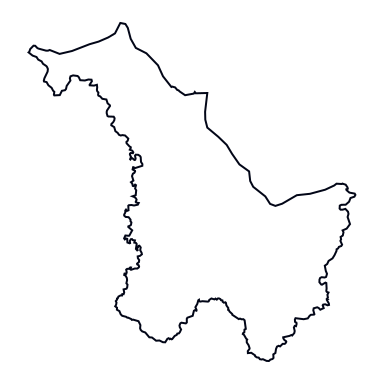 Kenieba, Kayes, Mali
{"feature_id": "8926073B58532098111230", "entity_name": "Kenieba", "entity_type": "district", "adm_level": 2, "iso_a3": "MLI", "parent_name": "Mali", "parent_adm1": "Kayes", "projection": "albers", "projection_center": [-11.114, 12.792], "detail": "fine", "context": "isolated", "style": "outline", "palette": "ink", "viewbox_px": 384, "rotation_deg": 0, "n_neighbors": 0, "source": "geoboundaries", "source_scale": "gbopen_adm2", "svg_char_len": 5984}
<svg xmlns="http://www.w3.org/2000/svg" viewBox="0 0 384 384"><path d="M120.3,23.0L115.0,33.4L108.1,37.5L98.6,41.6L89.6,44.2L72.0,51.0L59.6,53.9L49.7,50.0L47.9,50.7L46.2,50.7L38.5,48.6L37.4,48.1L35.2,45.8L33.5,45.7L30.2,49.1L29.3,51.8L28.6,52.4L32.6,55.6L36.5,57.0L38.2,59.6L41.6,61.4L43.0,63.8L46.4,66.1L47.1,67.1L47.9,69.0L47.6,71.6L44.4,78.3L43.8,80.7L44.0,81.5L46.6,82.1L48.4,85.3L51.6,87.8L53.1,90.7L54.3,91.8L53.9,94.8L54.3,95.4L59.8,95.1L61.9,90.8L65.0,90.2L66.0,89.0L66.7,85.9L70.4,80.6L69.9,78.3L70.5,76.3L73.1,75.4L77.6,76.0L78.8,77.2L80.2,80.2L84.9,80.5L88.4,79.5L91.5,79.7L91.9,81.2L89.6,84.8L89.7,85.3L94.0,85.6L96.9,84.8L97.2,87.3L96.9,89.9L97.3,91.3L98.4,92.5L98.1,94.9L98.5,95.7L100.2,96.4L102.3,98.8L106.4,99.5L107.6,103.3L109.9,105.3L110.0,106.0L107.0,110.5L106.7,111.8L106.7,113.2L107.5,116.0L108.4,116.5L113.7,116.7L114.6,118.2L114.3,120.2L113.2,122.2L111.4,124.0L111.3,125.3L114.2,127.1L115.4,131.2L117.7,132.9L119.0,134.8L120.7,135.5L122.5,135.1L125.1,135.5L128.3,138.6L127.7,140.7L126.4,142.0L126.6,143.3L129.6,146.5L130.7,147.1L130.8,147.9L129.8,149.7L132.3,150.7L133.3,152.3L132.9,153.2L130.7,153.0L130.0,153.6L129.9,154.6L131.0,156.9L130.1,159.2L130.4,159.5L131.2,158.5L132.3,158.2L134.4,160.0L135.2,159.8L135.6,158.6L135.0,155.7L135.7,154.7L138.2,154.8L140.0,156.0L140.7,157.1L141.0,161.9L142.4,164.1L142.3,165.8L134.3,168.3L133.7,167.2L133.1,167.2L132.6,169.5L135.0,170.8L135.1,171.4L134.4,172.8L132.9,173.7L132.0,176.1L133.4,180.6L131.0,182.2L132.2,183.5L132.8,185.9L133.6,186.1L135.1,184.6L136.0,185.2L135.1,188.5L136.2,190.3L135.7,195.2L132.5,196.3L134.5,197.1L135.9,198.3L136.6,199.7L135.7,201.9L136.2,202.5L138.7,203.0L137.8,204.7L134.0,205.5L131.5,205.0L128.9,205.2L128.3,205.7L128.5,210.3L127.0,210.9L126.0,209.6L125.3,210.5L125.3,212.5L124.2,214.5L124.2,215.6L125.6,216.9L128.6,217.2L130.5,219.6L130.5,221.3L131.4,222.4L131.0,224.8L130.5,225.4L128.3,226.4L128.3,227.0L132.2,230.3L129.4,235.5L129.0,235.8L125.4,235.5L124.1,238.4L124.8,239.4L126.1,238.5L127.2,238.8L127.4,242.5L129.6,243.3L130.1,243.1L129.8,240.9L130.9,239.2L132.0,239.1L132.8,240.1L134.9,240.4L134.3,242.6L135.9,242.9L136.7,244.0L135.9,248.9L137.2,250.4L137.6,250.2L137.1,248.2L137.4,247.5L138.0,247.3L138.6,245.9L139.4,245.7L140.7,247.4L140.2,250.2L141.6,252.8L141.9,254.3L139.9,255.9L137.7,256.4L137.9,258.2L139.2,260.1L138.9,262.1L137.1,263.6L137.2,264.4L138.7,265.3L139.1,266.7L138.8,267.4L137.4,268.5L134.9,268.5L131.0,269.8L130.3,269.3L131.0,267.5L130.3,267.4L128.9,268.8L127.1,268.9L126.2,269.6L126.7,272.3L126.3,273.8L125.6,274.3L124.9,273.5L124.5,273.6L124.2,275.0L125.6,275.7L126.8,277.9L127.1,280.0L126.4,283.3L127.5,284.6L127.2,287.3L126.5,288.7L123.6,289.4L124.2,292.5L123.6,294.2L122.3,294.1L122.0,295.5L120.6,295.4L118.4,296.6L117.8,298.2L117.0,298.5L117.1,299.5L115.8,301.1L116.5,302.6L116.1,304.8L115.2,306.3L117.0,307.7L116.9,309.7L119.4,311.1L120.7,314.3L122.2,315.8L126.1,316.8L127.3,317.7L128.0,317.6L131.1,319.0L131.9,319.9L133.0,319.6L138.5,321.2L140.4,325.1L140.1,328.3L140.7,329.9L142.2,331.4L145.3,332.5L149.3,337.3L152.0,337.5L156.1,340.7L159.5,340.5L162.9,342.2L165.2,342.3L167.4,338.8L168.7,338.2L169.7,339.2L170.6,338.7L171.5,339.3L172.2,339.1L174.7,335.9L176.7,334.9L177.3,333.6L178.9,333.4L179.9,332.1L181.1,329.5L179.8,327.2L179.5,325.4L180.3,323.4L181.4,322.7L185.8,323.4L186.8,322.5L186.8,318.7L187.4,317.7L192.7,315.8L193.9,310.8L194.8,310.2L196.4,310.7L196.6,310.1L195.4,307.2L197.3,303.9L198.3,300.3L199.0,299.8L199.2,301.1L200.1,301.6L202.5,301.2L208.0,301.6L208.7,301.3L209.3,299.9L211.4,298.5L214.5,299.4L215.5,298.6L216.8,299.6L217.8,298.5L218.9,298.4L220.4,299.1L221.0,300.2L222.4,300.4L222.7,301.8L223.4,302.3L223.9,302.7L225.4,302.3L225.9,302.8L226.4,305.4L228.3,308.1L228.1,309.8L228.8,310.0L229.5,311.5L232.2,314.0L232.3,314.8L238.8,319.1L240.0,318.6L241.6,319.3L243.4,319.2L244.6,320.3L245.8,328.9L244.5,329.6L244.3,332.4L243.3,332.9L242.8,334.0L244.1,335.0L246.2,338.7L247.2,339.5L246.7,340.6L246.8,342.5L248.6,345.2L249.6,348.2L249.5,348.9L247.8,351.1L247.9,353.1L251.3,352.8L255.1,355.4L255.2,356.3L256.9,357.4L258.7,357.6L259.9,359.2L261.6,359.5L262.9,359.2L266.6,360.9L268.9,361.0L270.4,359.6L272.5,359.0L273.5,357.9L273.3,354.4L275.4,353.0L276.0,349.0L277.0,346.6L278.7,345.8L280.1,346.4L282.6,343.9L284.7,343.9L285.6,343.1L286.3,341.8L286.0,341.1L284.5,340.1L283.4,338.5L283.2,337.3L289.5,335.9L291.4,335.0L292.2,335.5L294.3,333.0L294.7,331.0L293.9,327.5L294.7,325.9L296.0,326.2L296.6,323.9L296.4,322.6L295.3,322.2L295.0,321.6L294.9,319.5L295.5,318.2L303.7,319.2L307.8,318.4L309.6,315.8L310.9,314.8L314.0,314.6L314.4,314.2L313.3,310.3L313.7,308.3L317.2,307.3L318.7,308.0L320.3,309.7L323.7,308.1L322.7,305.3L323.2,304.6L325.2,304.3L327.6,305.3L329.0,304.9L328.8,303.4L326.8,299.9L326.8,299.5L327.5,299.3L326.9,298.8L327.9,297.6L327.4,294.8L328.5,292.5L326.8,291.9L326.3,291.0L326.6,288.5L326.3,283.0L325.4,282.6L322.0,284.7L321.2,284.5L319.4,282.2L319.5,279.5L320.2,277.9L321.7,277.2L324.7,277.5L326.1,276.9L327.0,273.8L325.8,270.9L324.8,265.7L327.2,264.0L328.6,260.9L332.5,258.4L334.5,255.2L336.5,250.9L336.6,249.3L338.1,248.4L338.9,246.9L341.3,246.0L342.1,244.7L340.4,240.9L341.1,239.3L340.6,237.0L342.8,235.5L343.5,232.2L342.6,230.4L346.7,228.6L350.0,224.1L347.6,217.0L348.5,213.9L348.0,211.7L345.4,208.9L342.5,209.7L340.6,209.7L339.6,208.6L339.8,205.6L341.4,204.8L345.7,204.7L349.1,201.7L350.5,198.0L354.4,196.7L355.4,194.9L354.7,193.6L349.4,192.6L346.5,190.1L346.3,189.3L347.8,188.7L347.5,187.4L345.7,184.7L342.4,183.6L341.9,184.0L336.5,183.7L334.2,185.5L325.2,189.7L310.0,193.8L296.8,195.2L282.2,203.7L275.4,205.9L270.1,203.9L265.3,196.4L253.2,186.8L250.2,181.0L249.1,171.4L239.4,164.4L232.1,153.9L226.7,144.9L218.3,136.8L207.3,127.6L205.3,119.7L205.1,111.8L207.3,93.0L195.8,93.3L194.8,92.0L193.8,93.6L185.1,95.2L179.7,91.5L178.5,90.3L177.3,90.0L175.1,87.4L172.3,86.6L171.4,87.0L163.0,76.3L158.0,65.3L146.4,53.3L135.8,47.9L130.7,38.8L127.8,27.9L125.4,24.0L120.3,23.0Z" fill="none" stroke="#020617" stroke-width="2"/></svg>